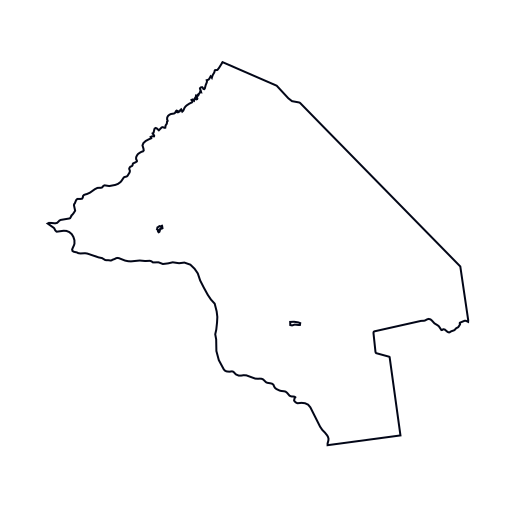 the border of Central, rotated 173°
{"feature_id": "BWA-2630", "entity_name": "Central", "entity_type": "District", "adm_level": 1, "iso_a3": "BWA", "parent_name": "Botswana", "parent_adm1": "", "projection": "albers", "projection_center": [27.183, -21.474], "detail": "fine", "context": "isolated", "style": "outline", "palette": "ink", "viewbox_px": 512, "rotation_deg": 173, "n_neighbors": 0, "source": "natural_earth", "source_scale": "10m", "svg_char_len": 5311}
<svg xmlns="http://www.w3.org/2000/svg" viewBox="0 0 512 512"><g transform="rotate(173 256 256)"><path d="M208.0,59.5L207.8,61.2L206.6,64.2L206.3,65.8L206.6,67.7L207.2,69.2L209.1,72.3L211.4,75.3L213.2,78.8L220.5,99.2L222.4,102.1L225.3,103.9L228.7,104.7L232.7,104.8L233.5,105.2L234.2,105.7L234.8,106.3L235.6,107.4L235.8,108.0L235.2,109.7L234.7,110.7L234.2,110.9L234.2,111.1L235.1,111.7L235.7,111.9L238.0,112.3L239.7,113.2L241.8,116.4L243.2,117.8L244.6,118.3L247.5,119.0L249.0,119.6L252.0,121.5L253.3,122.9L253.9,124.3L254.4,126.1L255.5,127.2L256.9,127.8L260.3,128.8L261.3,129.4L261.6,129.7L262.1,130.3L263.2,131.7L264.3,132.9L265.6,133.5L267.1,133.8L268.9,133.9L271.7,134.4L280.1,138.7L282.8,139.2L285.3,139.1L287.7,139.4L290.2,140.8L290.9,141.6L292.2,143.4L293.0,144.1L293.9,144.4L294.7,144.5L295.4,144.4L296.3,144.4L297.9,144.7L299.4,145.1L300.8,146.0L301.8,147.4L305.6,157.2L306.9,166.5L305.7,178.0L306.0,183.3L304.4,187.8L302.8,194.6L301.8,200.2L301.8,205.8L302.8,213.7L306.0,218.2L308.6,223.3L311.7,231.1L314.4,238.5L315.9,245.8L318.5,250.8L322.2,255.4L327.9,258.2L333.2,258.2L339.4,259.9L344.1,259.4L349.4,259.4L353.5,261.6L359.1,262.2L360.0,263.1L361.0,263.8L362.2,264.2L366.5,264.5L372.0,265.7L380.8,265.9L383.5,266.4L386.5,267.4L392.4,270.6L394.0,271.0L395.3,270.8L396.5,270.3L399.1,269.7L399.8,269.3L400.7,269.2L403.0,269.8L405.2,270.1L406.2,270.4L409.1,272.7L412.4,273.8L423.2,279.0L425.4,279.6L429.9,279.9L432.1,280.5L433.4,281.4L436.3,282.4L437.5,283.3L437.7,284.9L436.7,286.7L435.5,288.6L434.7,290.3L434.3,293.7L434.9,297.1L436.2,300.1L438.4,302.5L441.1,304.0L443.9,304.5L450.8,304.4L451.2,304.7L451.9,305.6L452.3,306.3L452.8,307.9L453.3,308.6L458.8,313.6L457.5,314.1L455.4,313.8L451.4,312.9L449.4,313.1L448.0,314.1L446.8,315.1L445.5,315.6L436.6,316.0L435.9,316.2L434.3,318.3L434.3,318.7L433.2,319.4L431.8,320.8L430.0,323.0L430.5,328.6L430.2,329.6L429.5,330.2L427.7,333.4L426.4,334.4L423.2,334.0L421.6,334.1L420.8,335.1L420.4,336.6L419.4,337.5L417.9,337.9L416.3,338.1L413.1,339.1L407.7,342.0L405.1,342.9L403.2,342.8L401.7,342.6L400.4,342.8L398.9,344.2L397.7,344.6L393.1,343.3L387.0,343.7L384.2,344.4L381.5,345.9L380.4,346.9L377.7,350.0L377.0,350.4L375.2,350.6L374.4,350.8L373.7,351.3L371.4,354.2L371.0,355.0L370.8,356.0L371.0,357.0L371.2,357.6L371.2,358.2L370.6,359.2L369.9,359.9L369.2,360.1L368.5,360.3L367.9,360.6L367.5,361.1L367.1,362.3L366.8,362.8L365.7,363.2L364.1,363.7L362.7,364.4L362.6,365.2L363.2,366.9L362.9,368.7L361.9,370.3L360.8,371.5L359.8,372.1L358.4,372.8L356.9,373.4L355.5,373.6L354.6,374.4L354.6,376.2L355.2,379.6L354.0,381.8L351.5,383.6L348.4,384.8L345.7,385.6L346.1,387.0L345.0,387.4L343.4,387.3L342.6,387.2L342.4,387.8L342.6,388.4L343.0,389.0L343.1,389.4L343.2,389.6L343.6,389.9L343.7,390.3L343.4,390.4L343.3,390.5L342.7,390.9L342.6,391.0L341.5,394.0L341.1,394.8L340.0,395.3L339.0,394.8L337.1,392.6L334.1,395.0L333.3,395.3L332.3,395.0L331.3,394.4L330.4,394.4L329.8,396.6L328.4,398.2L328.1,399.4L328.0,399.8L327.9,400.3L327.6,400.6L327.3,400.7L327.2,401.0L327.3,401.5L327.5,402.1L327.6,402.6L327.2,404.4L326.1,405.9L324.6,406.8L323.1,407.3L320.0,407.4L319.1,407.8L318.4,408.6L317.8,409.5L317.1,410.0L316.0,409.4L316.6,408.3L316.0,408.1L314.9,408.5L314.0,408.9L313.8,409.4L313.1,410.3L312.4,410.7L311.6,408.3L310.5,409.1L308.8,411.9L307.6,413.1L306.3,414.0L303.5,415.4L300.8,416.3L300.0,417.2L301.0,418.7L300.3,419.0L299.7,419.1L299.1,418.8L298.5,418.1L298.4,418.6L297.8,419.3L297.5,419.8L296.9,419.1L296.1,418.7L295.3,418.9L295.0,419.5L295.3,420.5L295.9,421.0L296.3,421.5L296.0,422.5L295.1,421.9L294.3,422.0L293.6,422.6L293.0,423.6L293.5,423.6L292.2,424.5L291.8,425.0L291.5,425.7L291.0,425.4L290.5,425.2L290.7,426.8L291.1,428.2L291.2,429.3L290.1,430.1L288.8,430.1L288.2,429.2L287.8,428.2L287.1,427.9L286.4,428.5L285.1,431.8L283.7,434.3L283.3,435.8L283.5,436.5L283.1,436.6L281.7,436.8L280.8,437.6L279.1,439.9L278.8,439.5L278.3,438.7L278.1,438.3L277.5,439.7L276.8,441.0L275.1,443.2L274.8,443.8L274.4,445.0L274.1,445.4L273.5,445.5L272.2,445.3L271.6,445.4L269.8,447.2L266.4,451.4L266.3,451.5L266.1,452.0L265.8,452.3L265.6,452.5L214.7,422.5L204.7,408.6L201.4,405.3L195.0,403.3L194.0,402.9L193.4,402.3L171.8,374.0L54.5,220.7L53.2,166.4L53.5,164.8L55.4,166.0L56.4,166.3L57.2,166.2L61.8,164.9L62.0,164.5L61.9,164.0L61.8,163.6L61.8,163.3L63.5,161.2L64.0,160.7L64.7,160.4L65.6,160.1L66.4,159.7L67.7,158.5L68.5,158.1L71.3,157.5L72.3,157.1L73.0,156.7L73.7,156.6L74.8,157.1L75.6,157.8L77.6,160.0L79.1,160.5L80.1,159.9L81.0,159.9L83.1,164.0L84.2,165.1L87.1,167.4L89.3,170.5L90.5,171.8L92.3,172.5L93.7,172.3L96.4,171.3L97.9,171.3L99.0,171.4L99.9,171.5L147.5,166.8L148.3,166.5L148.7,165.7L148.8,164.8L149.1,146.3L148.9,145.4L148.5,144.9L136.1,139.8L136.0,139.7L135.7,139.4L134.5,60.3L135.2,60.3L208.0,59.5L208.0,59.5ZM225.9,183.2L222.0,182.3L220.8,182.2L220.3,184.0L222.3,185.0L226.3,186.1L230.1,186.4L230.4,183.3L228.7,182.7L227.0,183.0L225.9,183.2ZM348.1,297.4L348.7,297.2L349.3,296.8L350.3,296.4L350.6,295.7L350.7,295.0L351.0,294.6L350.8,294.3L350.1,293.9L350.2,293.1L350.3,292.6L350.0,291.8L349.7,291.4L349.0,291.7L348.6,292.4L348.6,293.0L348.0,293.6L348.0,294.4L347.2,294.7L346.8,294.8L346.3,294.6L345.4,295.0L345.4,295.3L345.6,295.6L345.7,296.0L345.5,296.5L345.5,297.1L345.6,297.5L346.4,297.3L347.0,296.8L347.6,296.9L348.1,297.4Z" fill="none" stroke="#020617" stroke-width="2"/></g></svg>